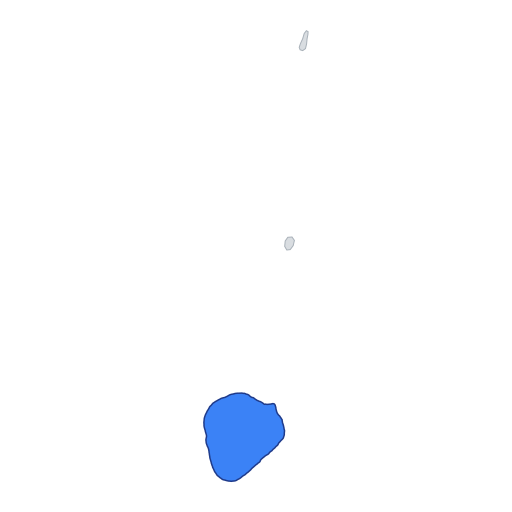 location of Kolhumadulu, Maldives
{"feature_id": "70690204B68081100071984", "entity_name": "Kolhumadulu", "entity_type": "district", "adm_level": 2, "iso_a3": "MDV", "parent_name": "Maldives", "parent_adm1": "", "projection": "equal_earth", "projection_center": [73.121, 2.361], "detail": "fine", "context": "in_parent", "style": "filled", "palette": "blue", "viewbox_px": 512, "rotation_deg": 0, "n_neighbors": 0, "source": "geoboundaries", "source_scale": "gbopen_adm2", "svg_char_len": 3818}
<svg xmlns="http://www.w3.org/2000/svg" viewBox="0 0 512 512"><path d="M305.5,48.6L302.7,50.6L300.1,49.8L299.2,47.3L300.5,43.5L302.7,38.7L304.2,33.5L306.4,30.7L308.1,31.7L307.9,34.6L307.1,38.6L306.6,43.8L305.5,48.6ZM290.2,249.6L286.8,250.0L284.7,246.4L285.2,241.0L287.8,237.3L292.0,237.0L294.4,240.4L293.2,245.6L290.2,249.6Z" fill="#d9dde1" stroke="#a8b0b8" stroke-width="1"/><path d="M231.2,481.3L232.6,481.1L234.1,481.0L235.6,480.7L236.7,480.2L237.5,479.6L239.4,478.7L240.4,478.0L241.4,477.2L242.4,476.3L243.6,475.5L244.9,474.8L245.9,473.9L246.7,473.1L247.8,472.4L248.8,471.5L249.8,470.6L250.7,469.8L251.4,468.9L252.4,467.9L253.5,467.0L254.6,466.0L255.5,465.2L256.6,464.3L257.2,464.0L258.0,463.1L258.5,462.8L259.0,462.5L259.9,461.7L260.3,460.8L260.6,460.0L261.3,459.2L262.0,458.6L262.9,457.8L263.7,457.2L264.4,456.6L265.1,456.0L265.8,455.5L266.5,455.1L267.0,454.8L267.4,454.6L267.7,454.5L268.8,453.6L269.3,452.8L269.8,452.2L270.6,451.6L271.1,451.2L271.8,450.8L272.3,450.2L272.6,449.8L272.9,449.5L273.3,449.1L273.6,448.9L274.3,448.3L274.9,447.8L275.3,447.3L275.6,446.9L275.9,446.6L276.4,446.1L276.8,445.9L277.1,445.6L277.4,445.3L277.7,444.9L277.9,444.8L278.2,444.1L278.4,443.6L278.8,442.9L279.4,442.3L279.9,441.8L280.5,441.1L280.9,440.6L281.5,440.0L282.0,439.6L282.4,439.2L282.8,438.7L283.1,438.3L283.3,438.0L283.5,437.4L283.7,436.7L284.0,435.8L284.2,435.1L284.3,434.5L284.3,433.1L284.4,432.2L284.5,431.3L284.5,430.2L284.2,429.5L284.0,428.5L284.0,428.1L283.7,426.8L283.5,425.8L283.2,424.7L282.9,423.8L282.5,422.8L282.4,421.8L282.2,420.8L282.1,419.7L281.6,419.0L281.1,418.1L280.6,417.5L279.9,416.4L279.5,415.8L278.7,415.2L278.0,414.3L277.4,413.4L276.9,412.3L276.5,411.1L276.3,410.1L276.0,409.2L275.9,408.4L275.8,407.4L275.5,406.4L275.2,405.3L274.9,404.7L274.2,403.9L273.5,403.7L272.8,403.6L271.8,403.8L271.2,404.0L270.4,404.1L269.4,404.2L268.5,404.3L267.4,404.4L266.2,404.3L265.5,404.1L264.8,404.3L264.3,404.2L263.5,403.7L263.0,403.2L262.2,402.7L261.4,402.2L260.5,401.7L259.7,401.4L258.9,401.2L257.8,400.6L256.9,400.3L256.3,399.8L255.6,399.4L254.5,398.6L253.7,397.9L253.1,397.6L251.8,397.4L250.8,396.8L250.1,396.3L249.1,395.3L248.2,394.7L247.6,394.4L246.6,394.2L245.7,393.9L245.2,393.6L244.1,393.3L243.3,393.4L242.0,393.1L241.2,393.1L239.1,393.2L238.5,393.2L237.6,393.2L236.5,393.3L235.6,393.4L234.9,393.5L234.0,393.8L232.6,394.1L231.5,394.3L230.1,394.7L229.1,395.2L228.2,395.7L227.4,396.2L226.9,396.5L226.2,396.7L225.3,397.3L224.4,397.5L223.7,397.7L223.0,397.8L222.3,398.1L221.3,398.3L220.5,398.8L219.4,399.4L218.5,399.8L217.7,400.3L217.0,400.7L216.2,401.2L215.4,401.5L214.7,402.1L213.8,402.7L213.3,402.9L212.5,403.7L212.0,404.3L211.4,405.1L210.8,405.7L210.0,406.4L209.5,407.1L209.1,408.0L208.7,408.7L208.2,409.6L207.5,410.6L207.0,411.5L206.6,412.5L206.1,413.4L205.5,414.6L205.1,415.7L204.7,416.9L204.3,418.2L204.2,419.2L204.1,420.2L204.0,421.3L203.9,422.1L203.9,422.9L204.0,424.0L204.0,424.8L204.0,425.7L204.1,426.4L204.2,427.0L204.5,428.2L204.8,429.2L205.1,430.1L205.3,431.0L205.4,431.7L205.8,432.9L206.1,434.0L206.3,434.5L206.5,435.6L206.5,436.7L206.4,437.4L206.2,438.0L206.1,438.7L206.0,439.3L205.9,439.9L206.1,441.6L206.2,442.7L206.3,443.2L206.8,444.7L207.1,445.4L207.2,445.9L207.6,446.7L208.1,447.6L208.4,448.6L208.7,449.7L209.0,451.3L209.1,452.6L209.3,453.4L209.4,454.5L209.6,455.7L209.8,456.9L209.9,457.9L210.2,459.0L210.5,460.0L210.7,460.8L211.0,461.7L211.2,462.5L211.4,463.5L211.8,464.5L212.0,465.3L212.3,465.9L212.5,466.5L212.7,467.5L213.2,468.3L213.6,469.2L214.0,470.1L214.4,471.1L214.9,472.0L215.6,472.9L216.2,473.8L216.5,474.3L217.0,475.1L217.5,475.7L218.3,476.2L218.8,476.6L219.2,477.0L219.9,477.6L220.8,478.2L221.8,479.0L222.4,479.4L223.1,479.7L224.3,480.0L225.0,480.1L225.5,480.3L226.1,480.5L227.5,480.8L228.2,481.0L229.8,481.1L231.2,481.3Z" fill="#3b82f6" stroke="#1e3a8a" stroke-width="1.5"/></svg>